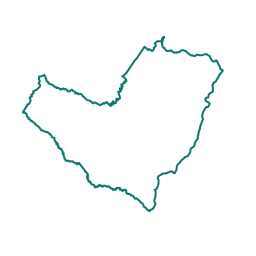 the district of Barrancas, La Guajira, Colombia, rotated 352°
{"feature_id": "7082276B63363201175642", "entity_name": "Barrancas", "entity_type": "district", "adm_level": 2, "iso_a3": "COL", "parent_name": "Colombia", "parent_adm1": "La Guajira", "projection": "robinson", "projection_center": [-72.754, 10.978], "detail": "fine", "context": "isolated", "style": "outline", "palette": "teal", "viewbox_px": 256, "rotation_deg": 352, "n_neighbors": 0, "source": "geoboundaries", "source_scale": "gbopen_adm2", "svg_char_len": 5730}
<svg xmlns="http://www.w3.org/2000/svg" viewBox="0 0 256 256"><g transform="rotate(352 128 128)"><path d="M157.4,51.6L155.5,50.0L146.1,60.6L144.6,61.5L133.8,73.5L129.8,76.0L131.4,77.6L132.8,79.6L132.9,81.2L132.5,81.5L131.4,81.3L130.9,81.5L131.2,82.3L130.9,83.0L129.3,83.1L128.7,84.4L127.9,84.0L127.5,84.1L127.3,86.1L128.1,86.4L128.0,87.1L127.3,87.6L127.3,88.5L126.8,88.8L126.2,88.1L125.5,87.8L125.3,88.3L126.1,90.0L126.0,90.5L125.6,90.8L124.5,90.6L123.6,90.9L124.3,91.5L123.5,92.8L124.2,95.3L124.1,97.6L123.2,97.8L122.0,98.8L121.1,97.4L120.6,97.4L120.0,100.6L119.2,101.6L118.7,101.8L117.7,101.4L117.6,100.1L117.0,99.6L116.5,100.7L115.6,100.7L114.7,101.6L115.8,102.1L116.0,102.7L115.0,102.5L114.1,103.6L113.0,102.9L112.4,101.6L111.4,101.1L111.2,100.5L110.8,100.4L110.6,99.4L109.4,99.6L107.8,100.6L107.1,100.0L106.0,100.8L104.9,100.8L104.2,101.4L103.5,101.5L101.4,100.1L101.1,99.5L99.2,98.4L98.0,98.0L97.0,98.7L96.7,98.5L95.4,96.9L93.2,95.2L92.0,95.0L91.3,94.5L89.7,92.7L88.8,91.2L87.9,90.5L86.5,88.1L86.0,87.7L84.9,87.5L83.6,87.7L83.0,86.6L82.6,86.3L80.7,86.5L80.9,85.3L78.6,83.5L77.9,82.4L77.2,82.3L75.6,83.5L73.8,83.5L73.4,83.0L73.3,82.2L71.6,80.7L70.6,80.9L69.7,79.8L68.5,80.4L67.3,80.5L67.1,80.0L66.1,80.2L64.7,78.6L64.1,78.6L63.5,78.2L62.9,78.4L62.7,77.7L61.5,77.5L61.3,76.9L60.5,76.4L60.0,75.3L55.6,72.9L55.7,71.7L54.1,70.5L53.7,68.6L53.8,68.0L53.4,67.5L53.3,66.0L52.5,64.0L52.0,64.5L50.9,64.3L49.2,64.8L47.3,64.7L46.6,67.0L47.1,69.5L45.8,71.2L45.8,71.6L46.7,72.5L47.0,73.2L46.5,74.7L42.7,77.5L41.8,77.6L39.2,78.6L39.3,80.3L36.9,81.7L37.3,82.6L37.1,83.4L35.8,83.7L34.8,84.5L35.5,86.9L34.2,89.1L33.3,90.4L31.6,90.7L31.4,91.7L31.0,92.3L30.0,92.9L29.7,93.7L28.9,94.2L28.6,94.9L27.7,95.6L27.2,96.8L26.2,97.6L26.3,97.9L27.1,97.9L27.3,98.5L27.9,98.3L29.3,99.8L29.4,100.7L29.7,101.0L29.6,102.5L31.0,104.2L30.8,104.6L31.2,104.6L31.2,105.1L32.5,106.4L32.5,107.0L33.1,107.6L34.0,107.9L34.0,108.3L35.4,109.3L36.5,110.6L36.7,111.5L40.0,114.6L40.5,115.9L41.1,116.4L41.2,117.1L41.8,117.7L41.9,118.2L42.6,118.2L43.6,119.2L44.5,119.4L45.9,120.4L47.5,120.7L48.1,121.1L48.6,122.2L49.4,122.5L50.4,124.1L51.0,124.6L51.4,126.4L52.3,127.1L53.4,127.4L53.8,127.8L53.5,129.8L53.8,130.2L54.1,131.5L54.9,132.1L54.9,132.7L55.2,132.4L56.0,133.4L55.7,134.6L56.2,134.6L56.2,135.1L56.5,135.5L56.5,136.5L56.2,136.9L56.8,137.5L56.5,137.7L57.4,138.7L58.0,138.9L58.1,139.3L59.0,139.4L58.9,140.1L59.8,141.6L60.0,143.0L60.6,143.8L60.5,144.3L59.9,144.6L60.7,145.3L60.4,146.2L60.9,148.6L60.9,149.7L61.6,150.8L61.8,151.7L62.6,151.7L63.7,152.3L64.3,152.1L66.0,153.1L68.5,153.2L69.6,154.5L70.7,155.1L71.1,155.7L72.4,155.6L72.7,156.9L73.6,156.5L74.1,156.7L74.6,155.9L74.9,156.0L75.8,157.9L79.5,164.4L79.4,165.1L80.1,165.4L81.7,168.0L81.8,168.6L81.2,169.0L81.5,169.6L81.3,169.6L81.1,170.4L80.9,170.2L80.7,170.5L81.0,170.7L80.7,171.5L81.0,171.7L80.9,172.0L81.1,172.0L80.7,172.6L81.4,173.4L81.2,173.9L81.5,174.3L81.5,175.0L82.0,175.8L82.6,175.7L83.0,175.9L82.8,176.4L83.3,176.5L83.4,177.2L84.3,178.9L86.3,179.5L87.0,181.1L86.8,181.5L87.2,181.6L87.1,181.9L87.5,182.2L88.3,181.8L88.8,182.2L90.0,181.4L90.6,181.6L91.4,181.3L91.2,180.7L91.6,180.5L92.2,180.8L92.2,181.3L92.9,181.0L93.5,181.2L94.3,182.5L94.7,182.6L95.5,181.8L97.0,181.9L98.4,183.0L99.9,183.2L100.4,182.9L101.1,183.3L101.7,183.8L101.8,184.4L102.8,185.5L103.7,185.6L103.9,186.0L104.9,186.6L104.8,187.0L105.7,186.8L105.9,187.3L106.7,187.5L107.1,187.3L107.5,186.6L108.1,186.7L108.6,185.8L109.8,185.9L111.5,186.3L111.6,188.1L112.9,188.1L113.6,188.7L113.4,189.1L113.8,189.6L114.2,189.2L115.1,189.2L116.0,188.6L116.9,188.7L117.6,189.8L117.2,191.3L118.0,192.9L118.9,193.1L119.2,193.5L120.0,193.4L121.2,194.2L121.6,194.7L121.6,195.3L122.7,195.5L123.8,196.5L125.3,199.0L126.6,198.9L128.7,201.0L129.9,202.6L130.1,203.6L131.1,203.9L132.3,205.5L132.6,207.5L132.9,208.2L134.6,209.7L136.0,212.1L137.9,213.3L138.6,212.2L140.2,212.0L141.4,211.4L143.7,208.6L144.6,206.9L144.7,206.2L144.1,205.2L143.9,203.3L145.3,200.8L146.4,196.2L146.4,193.6L146.0,192.9L147.7,192.6L149.4,189.8L150.3,187.9L150.9,184.7L150.9,183.2L150.4,182.2L151.1,180.4L151.9,179.8L155.3,178.4L155.6,178.0L159.2,178.2L164.2,176.9L165.0,177.0L166.4,177.9L167.4,179.2L168.0,179.2L170.2,176.0L171.1,172.6L172.0,171.3L174.0,169.8L176.8,167.2L180.9,164.7L183.5,164.0L184.6,162.4L185.8,161.3L186.4,160.1L186.8,158.2L187.2,157.6L188.0,156.7L189.5,156.2L191.1,154.9L191.7,153.8L192.2,151.9L194.2,149.5L195.6,148.3L195.8,147.9L195.8,146.1L196.6,144.8L197.4,141.9L198.9,139.1L199.9,136.1L203.5,129.6L203.5,128.7L203.0,127.6L203.0,126.6L204.5,122.9L206.1,120.6L208.2,118.3L208.8,118.1L209.5,118.3L210.3,118.2L212.1,115.8L212.3,115.3L212.0,114.4L209.6,112.7L208.8,111.7L208.5,111.1L208.7,109.8L209.4,109.1L210.1,108.8L211.6,109.0L211.9,108.8L212.7,105.9L215.3,104.4L216.9,103.9L217.4,102.4L217.7,98.9L217.5,97.7L218.6,95.8L219.7,94.7L220.5,94.7L221.7,93.9L222.3,92.8L224.0,90.9L225.9,88.2L229.6,84.7L229.8,84.2L229.5,83.6L228.2,83.1L227.8,82.6L227.4,79.9L225.9,75.9L225.5,74.2L225.1,73.5L224.6,73.3L223.8,73.9L222.6,74.2L221.2,73.8L219.6,70.9L218.8,68.0L217.4,67.1L216.2,65.9L215.2,65.7L210.4,66.2L206.3,65.0L204.8,65.9L203.3,65.9L202.4,65.3L201.4,65.2L199.5,64.1L198.8,63.1L197.3,62.0L196.9,60.9L196.6,60.6L194.9,59.4L193.2,58.6L191.9,58.4L189.5,60.0L188.5,60.1L187.8,59.9L187.0,60.1L186.9,59.8L184.6,60.0L183.8,59.5L183.6,59.0L182.2,58.3L181.4,57.0L180.0,57.5L178.9,57.2L177.9,57.3L176.7,56.8L175.6,55.1L175.2,53.7L174.3,53.5L173.6,52.5L173.4,51.9L173.7,50.6L173.3,49.3L173.6,47.8L174.3,47.0L174.6,45.3L176.4,43.3L176.1,42.7L175.6,42.8L175.2,43.5L174.2,44.1L173.6,45.9L173.0,46.5L172.3,46.7L169.3,46.2L166.4,47.9L167.0,49.5L166.7,50.9L164.6,52.4L164.5,53.7L163.3,54.9L162.2,54.9L159.9,52.9L158.7,53.6L157.4,51.6Z" fill="none" stroke="#0f766e" stroke-width="2"/></g></svg>